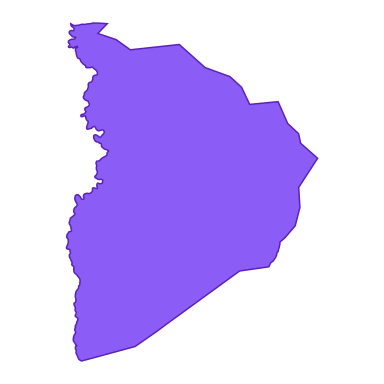 Bo'mbogor, Bayanhongor, Mongolia
{"feature_id": "93677404B12243901398913", "entity_name": "Bo'mbogor", "entity_type": "district", "adm_level": 2, "iso_a3": "MNG", "parent_name": "Mongolia", "parent_adm1": "Bayanhongor", "projection": "albers", "projection_center": [99.341, 46.245], "detail": "fine", "context": "isolated", "style": "filled", "palette": "violet", "viewbox_px": 384, "rotation_deg": 0, "n_neighbors": 0, "source": "geoboundaries", "source_scale": "gbopen_adm2", "svg_char_len": 5592}
<svg xmlns="http://www.w3.org/2000/svg" viewBox="0 0 384 384"><path d="M268.9,266.8L269.7,264.9L270.4,263.3L271.3,262.4L273.2,261.0L275.5,257.5L276.6,255.2L276.8,253.6L277.1,252.4L277.9,251.8L278.3,251.0L278.4,249.7L278.8,248.9L279.8,244.7L280.0,242.0L284.9,237.8L295.2,225.8L299.9,207.5L298.7,187.4L317.6,158.3L300.6,143.2L298.6,133.7L287.7,123.5L278.1,101.7L249.7,104.4L241.6,87.3L229.9,76.6L205.1,67.6L179.3,44.5L130.3,49.8L116.1,39.6L97.8,33.5L107.2,23.7L98.6,23.1L93.0,23.0L90.3,23.7L87.6,23.9L84.6,24.4L81.6,24.3L78.7,25.2L76.9,25.3L76.0,25.5L73.7,25.5L70.7,23.7L70.7,24.1L71.0,25.2L71.7,26.3L73.6,27.9L74.0,28.7L74.1,29.4L74.0,30.1L73.7,30.6L73.3,30.7L71.4,30.5L70.5,30.7L69.8,31.1L69.2,32.1L69.3,33.0L69.5,33.8L71.3,35.4L71.7,36.0L72.9,36.9L74.3,37.2L75.5,37.2L75.6,37.4L75.4,37.9L74.6,38.8L73.9,39.3L71.8,39.2L70.6,39.6L69.0,40.5L68.5,41.0L68.4,41.6L68.4,42.3L68.6,42.8L69.8,44.2L69.8,44.6L69.6,45.2L68.5,46.3L68.4,46.7L68.7,47.2L69.6,47.6L70.6,47.3L71.1,47.0L71.6,47.1L73.3,48.1L73.8,47.9L74.8,47.1L75.8,46.7L76.5,46.4L77.3,46.5L77.6,46.9L77.6,47.3L76.0,48.2L75.5,48.6L75.4,49.2L75.5,50.9L76.0,52.0L76.4,54.5L76.9,56.3L77.5,57.5L78.0,58.3L79.1,58.6L79.8,59.0L80.2,59.5L80.8,61.3L83.1,63.9L85.5,65.7L86.0,67.4L86.8,67.7L90.2,67.7L91.6,67.2L92.2,67.1L92.7,67.4L94.0,68.6L95.6,69.8L96.9,71.3L97.3,72.4L97.4,74.4L97.0,74.8L96.6,75.0L94.6,75.3L93.2,76.2L93.0,76.7L92.8,77.6L92.7,79.1L92.4,80.1L92.1,81.0L91.7,81.8L91.3,82.0L89.9,82.3L89.2,82.7L88.6,83.2L88.3,83.8L88.2,84.6L88.3,86.2L88.3,87.2L87.5,89.3L87.0,90.3L85.0,92.1L84.4,92.9L84.3,94.0L84.3,94.7L83.4,96.5L83.3,97.1L83.6,98.5L85.4,100.1L86.6,100.7L87.8,100.7L88.2,101.6L88.4,102.0L88.6,102.6L89.4,103.8L89.4,104.3L89.3,104.9L89.0,105.4L88.3,106.3L87.0,107.1L85.4,107.7L85.0,108.1L84.8,109.1L84.9,109.9L85.5,110.7L85.8,111.2L85.7,112.0L85.4,112.6L84.6,113.5L83.8,114.0L82.8,114.3L82.0,114.4L81.3,114.7L81.1,115.1L80.8,115.9L81.0,116.4L81.5,116.7L82.5,116.6L83.2,116.2L84.1,116.0L85.2,115.9L85.5,116.1L85.7,116.5L85.6,117.3L85.8,118.0L86.1,118.6L86.3,119.5L86.8,120.2L88.1,121.3L88.1,121.8L88.1,122.6L87.6,124.2L86.8,126.4L86.6,127.8L86.8,128.7L87.1,129.1L87.6,129.3L88.6,129.1L89.7,128.7L91.5,128.3L92.2,127.5L92.8,127.1L93.8,126.5L94.2,126.5L94.6,126.6L95.1,127.0L95.7,128.0L96.1,129.1L96.6,129.7L97.8,130.5L98.0,130.7L98.3,130.8L99.4,130.7L102.2,129.8L102.6,129.7L103.0,129.9L103.8,130.9L104.2,131.5L104.3,132.3L103.9,133.1L102.7,134.8L101.9,135.4L101.0,136.8L100.7,137.1L100.0,137.3L99.2,136.9L98.3,136.1L95.8,134.8L94.7,134.9L94.0,135.3L93.7,136.0L93.6,137.2L93.9,138.6L94.9,140.6L95.8,141.4L96.8,142.0L97.9,142.0L98.4,142.2L99.2,143.0L99.9,143.3L100.4,143.3L101.1,143.5L101.3,144.1L101.5,146.3L101.9,147.0L104.1,148.8L105.8,149.5L107.7,150.1L108.7,150.7L108.6,151.1L108.0,151.5L107.5,152.2L107.1,152.8L107.0,153.3L107.1,154.2L106.8,155.0L106.1,155.8L105.5,156.3L104.2,156.8L102.4,157.9L101.1,158.9L100.1,160.0L99.4,160.6L98.6,161.0L97.8,161.2L96.8,161.1L96.4,161.6L96.0,163.4L96.2,164.0L96.5,164.8L96.7,165.7L96.3,167.7L96.5,169.7L97.2,171.2L97.4,172.1L97.1,173.5L96.7,174.1L96.4,174.8L95.8,175.6L95.0,176.1L94.8,176.7L95.1,177.5L97.2,178.9L98.3,179.4L99.7,179.6L100.5,179.3L101.1,179.3L101.8,179.5L102.5,180.1L102.9,180.7L102.5,181.6L102.4,182.1L102.4,182.7L102.2,183.3L101.3,183.6L99.9,183.7L97.9,183.1L97.5,183.3L97.0,183.9L96.9,185.0L96.8,186.0L97.3,187.2L97.4,188.0L97.1,188.5L96.6,188.5L96.0,188.4L94.1,187.9L93.2,187.9L92.7,188.1L92.4,188.7L92.5,190.2L92.4,191.1L91.9,191.9L91.2,192.5L90.2,193.3L89.1,193.6L87.6,193.3L85.3,193.6L83.9,194.6L83.6,195.3L83.4,196.0L83.6,197.1L84.0,197.9L84.0,198.6L83.6,199.0L82.7,199.4L82.1,199.3L81.3,198.5L80.1,196.6L78.4,194.9L77.4,194.6L76.3,194.9L75.3,195.8L75.0,196.9L74.8,198.9L75.5,201.2L76.9,203.6L77.2,204.3L77.2,204.8L76.9,205.8L76.4,206.5L75.8,207.0L75.0,207.4L74.4,208.3L74.0,209.3L73.7,210.5L73.7,211.3L73.9,212.3L74.6,213.0L74.9,213.7L74.8,214.3L73.2,216.0L70.5,218.1L70.2,218.7L70.1,220.0L69.6,221.3L69.2,222.7L69.4,224.0L70.1,225.0L70.6,226.1L71.0,227.2L71.0,228.7L71.4,229.5L71.5,230.2L71.3,230.9L70.7,231.5L69.7,231.6L69.0,231.8L68.5,232.4L68.0,233.5L67.4,234.0L66.7,235.9L66.6,236.6L66.9,237.7L67.4,238.1L68.2,239.5L68.2,243.2L66.9,246.3L66.4,248.0L66.7,248.5L67.0,248.9L69.4,249.3L69.9,249.5L70.0,250.0L69.9,251.1L70.4,252.3L70.5,252.8L70.3,253.5L69.5,254.4L69.3,255.2L69.4,256.3L69.6,257.5L70.8,259.3L71.2,260.9L71.8,261.9L72.2,263.0L71.9,263.7L71.8,264.4L71.9,265.0L73.1,266.1L73.8,267.0L74.1,267.5L74.1,267.8L74.0,268.5L73.7,268.7L73.7,269.6L73.9,271.2L74.4,272.7L75.0,273.4L76.3,274.4L77.1,275.2L77.7,276.2L79.4,278.2L80.0,279.6L79.9,280.1L80.2,280.8L80.2,281.3L79.9,281.9L79.8,282.5L79.9,283.1L79.9,283.7L79.8,284.5L79.4,285.3L78.9,285.7L78.6,286.5L78.6,288.0L78.1,288.8L76.2,291.2L75.8,292.6L75.5,294.0L75.3,295.6L75.3,296.7L75.8,298.9L75.9,299.6L75.9,300.9L75.7,301.5L75.5,302.2L75.0,302.7L74.1,303.1L74.0,303.5L74.1,304.9L74.3,305.6L75.1,306.5L75.1,307.3L75.3,307.9L75.3,308.7L75.1,309.8L75.1,310.6L76.2,312.2L76.2,313.1L75.7,314.4L75.3,315.2L75.2,315.7L75.5,316.5L77.0,317.5L77.7,318.2L77.9,318.7L77.6,320.6L76.9,321.6L76.6,322.7L76.4,324.2L76.2,324.5L75.6,325.2L75.3,325.7L75.3,326.4L75.7,327.0L75.2,327.7L74.7,329.6L74.8,330.2L75.2,330.9L75.5,331.7L75.5,332.6L75.3,333.6L74.3,335.0L73.6,336.4L73.6,337.2L73.3,338.5L73.3,340.0L73.4,341.0L74.8,342.9L75.4,344.1L75.6,344.7L76.4,345.3L76.7,345.6L75.8,346.2L75.4,347.2L75.4,348.6L75.6,349.4L76.2,350.1L76.3,351.1L76.1,351.8L76.0,352.6L76.2,353.4L77.2,355.6L78.6,359.0L80.0,360.2L81.6,361.0L135.1,346.5L157.2,331.1L166.3,324.3L239.6,271.0L268.9,266.8Z" fill="#8b5cf6" stroke="#5b21b6" stroke-width="1.5"/></svg>